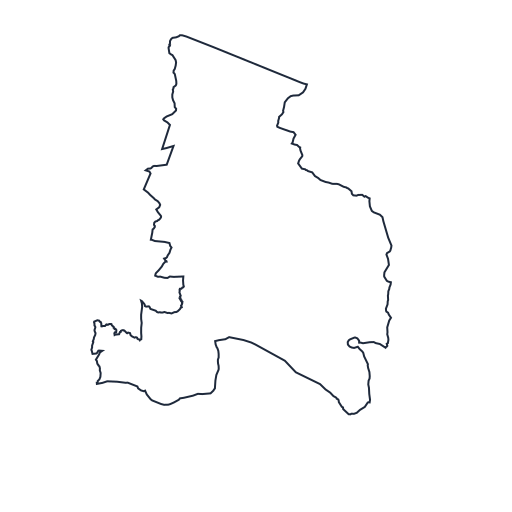 the district of Lambussie-karni, Upper West, Ghana, rotated 22°
{"feature_id": "2480657B9523556036154", "entity_name": "Lambussie-karni", "entity_type": "district", "adm_level": 2, "iso_a3": "GHA", "parent_name": "Ghana", "parent_adm1": "Upper West", "projection": "orthographic", "projection_center": [-2.645, 10.837], "detail": "fine", "context": "isolated", "style": "outline", "palette": "slate", "viewbox_px": 512, "rotation_deg": 22, "n_neighbors": 0, "source": "geoboundaries", "source_scale": "gbopen_adm2", "svg_char_len": 6129}
<svg xmlns="http://www.w3.org/2000/svg" viewBox="0 0 512 512"><g transform="rotate(22 256 256)"><path d="M416.2,349.2L415.6,346.6L412.7,341.5L410.1,335.9L408.2,333.0L407.1,329.4L407.2,327.1L406.5,324.9L404.6,321.1L401.9,317.8L400.5,315.5L400.3,314.4L393.9,308.6L391.7,305.6L390.3,304.7L387.0,303.5L384.4,302.0L381.4,304.5L379.1,305.0L376.7,304.9L374.4,303.7L373.3,301.5L373.6,299.4L374.5,298.0L377.9,294.7L378.5,294.4L380.8,294.4L382.0,295.1L383.3,295.9L384.1,297.7L385.5,297.1L387.9,296.8L393.8,293.3L397.4,291.7L399.7,291.9L403.8,291.2L410.4,292.5L410.4,291.8L411.0,291.3L411.4,290.1L410.1,288.4L410.9,287.4L410.2,284.2L409.3,282.4L407.0,279.4L406.5,277.5L404.4,273.0L403.7,265.9L404.3,262.7L401.1,260.6L399.7,259.1L397.7,258.7L397.1,258.0L396.2,256.2L396.1,251.6L395.1,248.7L395.0,247.3L393.1,243.2L392.9,241.9L391.9,239.1L391.9,236.7L391.5,235.1L391.5,232.1L390.9,229.8L388.3,230.2L386.6,230.0L382.6,227.1L382.0,225.8L381.2,223.0L382.6,214.5L379.5,209.2L376.4,205.8L376.4,204.2L378.3,201.7L378.5,200.7L378.2,197.6L377.7,195.6L371.7,189.5L361.1,176.1L358.7,172.6L355.4,171.3L348.8,171.4L346.5,170.8L343.0,167.3L340.6,162.7L339.8,160.0L338.0,160.0L335.2,159.4L334.3,160.4L331.6,159.5L327.9,161.1L326.6,162.4L323.5,163.3L321.6,162.4L320.3,160.2L316.2,158.8L315.0,158.9L314.2,158.6L311.3,159.0L305.9,158.5L304.1,158.8L299.7,160.5L295.9,160.7L292.8,161.3L287.3,161.4L284.5,160.4L280.7,159.8L276.8,157.4L272.4,157.8L271.1,157.4L270.0,157.6L269.1,157.2L265.8,157.8L260.4,154.4L260.2,151.6L260.4,149.9L261.5,146.2L261.2,145.1L257.8,141.6L256.4,139.5L256.3,138.8L255.0,138.7L252.5,137.7L250.1,138.2L247.1,138.3L247.4,137.0L246.8,133.1L247.3,128.8L244.4,127.1L241.2,127.8L230.5,128.3L227.4,128.2L226.7,127.3L226.7,124.0L226.0,122.5L225.7,119.5L225.3,118.4L227.0,114.9L227.5,112.3L226.7,111.2L226.2,107.4L225.1,102.7L226.5,97.8L228.3,94.8L230.4,93.3L235.4,91.0L238.3,86.7L239.2,82.5L238.9,77.8L235.5,78.3L231.7,78.4L138.3,78.3L109.2,78.6L105.0,79.0L102.8,79.8L102.1,81.2L100.0,83.2L96.9,85.0L96.1,86.5L95.8,88.3L95.8,89.1L96.6,91.1L96.5,92.6L97.3,92.7L97.3,93.9L96.8,94.8L96.9,95.7L99.7,100.4L102.1,101.0L103.2,101.0L108.1,104.5L109.4,106.5L110.2,109.6L110.6,113.1L110.2,114.9L110.8,116.9L112.1,117.4L112.8,118.1L116.5,123.6L117.6,126.0L117.8,127.2L117.6,128.2L116.3,130.3L116.7,131.8L116.5,132.8L117.6,134.6L117.9,137.6L119.0,140.3L120.7,142.6L123.3,144.9L124.9,148.4L126.8,149.4L127.3,151.1L125.2,155.9L120.9,160.1L119.2,162.7L118.8,164.0L119.9,164.7L123.8,165.3L127.1,166.7L128.9,192.0L132.5,189.5L138.3,184.9L139.0,204.8L130.3,209.7L127.7,210.7L126.7,211.7L126.0,213.6L125.4,214.4L123.1,215.5L121.7,217.9L125.5,217.6L127.3,219.0L127.0,236.3L132.2,237.7L134.9,239.0L139.7,240.7L141.0,241.4L144.4,242.0L146.8,243.3L148.0,244.5L148.0,247.1L146.1,250.2L148.6,252.1L152.6,254.3L153.1,254.7L153.4,255.6L153.2,257.0L152.5,258.8L151.6,259.7L151.3,260.6L149.8,261.7L149.2,263.2L149.7,265.2L150.4,265.9L150.9,266.0L151.3,267.0L150.9,268.9L150.2,270.1L151.1,273.3L152.4,280.3L153.5,280.0L156.6,280.0L165.9,277.2L170.9,276.4L172.7,278.8L174.5,279.8L174.3,282.1L174.6,285.5L173.9,288.5L173.9,290.5L173.4,291.5L171.8,292.8L173.5,294.0L175.0,294.4L175.2,294.7L174.1,295.2L173.0,297.9L172.6,301.1L171.1,305.8L169.7,309.2L169.6,310.3L169.9,312.0L172.9,312.0L174.9,311.0L179.3,310.5L182.2,309.5L183.8,307.3L187.5,306.2L196.3,302.2L197.5,306.0L199.4,309.9L200.5,311.3L200.3,312.3L199.6,312.7L199.1,314.3L197.7,314.9L197.8,316.1L198.2,316.4L198.7,318.5L201.1,321.1L200.7,322.1L202.1,323.8L201.3,324.1L202.8,325.3L203.2,325.2L203.4,325.6L203.9,325.3L204.4,326.2L204.9,326.2L204.8,326.9L205.3,327.2L205.2,328.1L205.5,328.8L205.1,330.0L206.4,331.3L206.2,331.6L205.6,331.7L205.4,333.7L204.1,336.6L203.1,337.8L201.4,338.6L199.2,340.9L196.6,341.3L195.4,342.0L192.1,342.2L190.6,343.4L188.8,344.1L188.0,344.1L186.5,345.0L185.1,345.0L183.6,344.3L178.0,344.6L176.2,343.0L175.5,342.8L173.1,344.1L171.8,344.0L170.9,342.7L170.0,342.1L167.1,340.6L166.2,340.5L167.9,342.6L169.5,345.8L171.5,353.5L173.1,357.4L175.1,360.9L176.4,365.5L178.4,370.5L179.9,373.5L180.8,376.2L179.9,377.1L179.8,377.6L179.1,377.1L177.8,377.3L177.0,377.1L176.4,376.3L175.7,376.2L174.8,376.4L174.0,377.2L171.2,377.0L169.4,376.4L168.1,374.7L166.1,374.9L165.5,375.9L165.2,375.9L161.8,374.4L161.1,374.7L160.5,374.5L159.7,375.0L158.8,376.0L159.0,377.1L158.3,377.5L158.4,379.8L154.9,381.7L154.5,382.2L153.6,380.7L153.7,379.7L154.9,379.1L154.3,377.0L153.0,376.2L152.6,376.2L152.3,376.7L152.0,376.6L151.4,375.9L150.9,375.9L150.6,375.0L148.3,374.3L147.5,373.3L147.1,373.3L145.3,374.1L144.9,374.9L143.8,375.6L143.3,375.3L142.9,375.5L142.2,377.5L140.2,378.3L139.5,379.0L139.0,379.1L137.7,376.3L136.6,375.3L135.8,375.5L134.8,374.7L133.0,375.0L130.6,377.4L130.9,377.8L130.8,378.4L131.5,379.1L132.3,381.0L133.3,381.6L133.8,382.4L134.0,385.2L134.8,386.4L136.1,387.6L136.5,389.4L136.3,392.3L136.7,393.7L136.7,396.3L137.4,396.7L137.6,400.5L138.3,402.2L138.5,404.7L139.3,405.5L141.1,408.0L144.5,406.2L144.9,405.5L145.3,402.9L145.8,402.5L149.0,401.5L147.4,403.9L147.4,406.1L146.4,412.1L147.8,413.0L149.3,415.4L150.6,416.0L150.8,416.5L152.2,417.0L153.4,418.7L154.0,420.5L155.8,422.7L157.0,426.4L157.0,429.1L156.1,431.2L156.6,433.0L156.4,433.6L156.1,433.6L156.4,434.2L161.1,431.2L165.0,427.9L174.3,424.6L182.6,422.4L184.5,421.5L194.9,421.4L196.3,422.9L199.8,423.7L202.7,423.4L203.6,422.4L206.6,425.3L212.0,428.3L213.8,428.8L223.4,428.8L226.5,428.4L230.4,426.7L232.0,425.4L234.7,422.6L238.3,418.2L238.8,416.5L242.2,414.5L249.9,409.1L253.7,405.6L258.0,404.1L265.3,400.4L267.0,396.6L267.0,395.9L267.5,394.2L265.0,386.6L263.8,381.1L263.9,375.6L263.7,374.6L262.5,371.9L261.1,369.9L260.1,367.9L259.5,366.3L259.4,364.1L258.1,360.9L256.6,358.1L254.8,356.0L253.7,355.3L251.7,353.1L250.0,350.2L253.2,347.9L258.8,344.6L261.5,341.3L275.9,338.6L284.0,338.0L288.6,338.3L322.0,342.3L336.5,348.9L363.4,350.8L370.5,353.7L376.0,354.9L380.3,356.9L383.0,357.2L383.8,357.5L384.3,358.1L386.0,358.2L386.7,358.9L387.6,360.5L392.1,363.7L393.4,363.8L394.2,365.3L401.2,368.0L402.9,367.4L403.5,366.5L406.0,365.6L408.2,363.6L410.0,359.8L413.4,355.2L414.5,350.0L415.2,349.4L416.2,349.2Z" fill="none" stroke="#1e293b" stroke-width="2"/></g></svg>